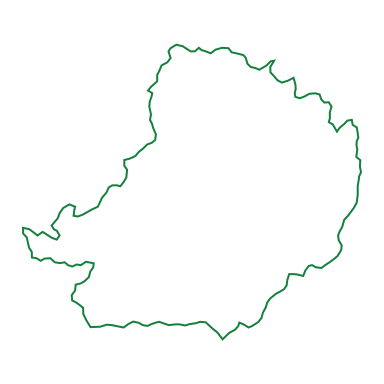 outline of São José do Rio Pardo, São Paulo, Brazil
{"feature_id": "56859067B94240559052727", "entity_name": "São José do Rio Pardo", "entity_type": "district", "adm_level": 2, "iso_a3": "BRA", "parent_name": "Brazil", "parent_adm1": "São Paulo", "projection": "mercator", "projection_center": [-46.893, -21.597], "detail": "fine", "context": "isolated", "style": "outline", "palette": "green", "viewbox_px": 384, "rotation_deg": 0, "n_neighbors": 0, "source": "geoboundaries", "source_scale": "gbopen_adm2", "svg_char_len": 2823}
<svg xmlns="http://www.w3.org/2000/svg" viewBox="0 0 384 384"><path d="M356.7,127.3L352.7,124.9L351.8,119.9L347.4,120.6L344.0,124.2L339.8,127.6L337.0,131.6L334.8,127.9L332.8,124.4L328.8,122.2L329.9,117.9L329.8,112.4L331.5,106.5L328.7,102.2L324.4,102.6L321.3,99.5L319.6,94.4L315.1,93.3L309.2,93.8L304.7,96.4L299.7,98.3L295.3,96.8L294.7,93.0L295.7,89.1L295.5,85.0L293.6,77.8L287.9,80.7L282.0,82.6L277.5,80.3L274.1,76.2L270.4,72.3L270.3,67.0L274.1,60.7L270.6,61.3L266.6,65.4L259.4,69.7L255.2,68.0L250.8,67.0L247.4,63.7L245.8,58.0L243.4,55.1L238.1,53.7L231.7,52.3L228.4,48.2L222.1,47.8L215.4,49.7L210.7,53.3L205.2,51.1L201.6,50.1L198.9,47.8L194.9,51.3L190.8,51.4L186.3,48.6L182.9,46.3L176.3,44.7L170.6,48.2L168.5,51.4L170.6,58.0L167.4,62.3L161.6,65.4L159.1,71.3L157.2,74.9L157.2,81.1L154.4,83.9L151.4,86.4L148.0,90.5L152.3,93.2L151.4,97.1L149.8,101.3L149.3,106.6L151.0,114.6L150.0,119.9L152.0,123.8L153.3,128.3L155.9,134.3L155.2,140.0L151.7,142.8L147.1,144.5L142.8,148.8L138.8,151.9L135.6,155.8L132.4,157.5L129.1,158.8L124.3,160.0L124.3,165.7L127.1,169.8L126.3,177.6L123.7,181.9L120.4,186.2L116.8,185.3L112.4,185.3L108.8,187.4L106.5,192.5L102.1,197.6L99.9,202.4L97.8,206.7L91.1,209.9L82.8,214.6L77.8,216.5L73.6,215.8L74.2,210.7L75.1,206.7L69.3,204.4L63.1,208.1L59.7,213.1L57.6,218.5L54.6,222.0L51.7,225.4L53.8,229.2L56.9,230.8L59.6,235.5L56.7,239.6L51.8,237.8L47.0,234.7L42.7,231.9L37.5,235.5L33.3,232.2L29.3,229.2L23.0,227.9L23.2,233.6L26.8,237.5L27.8,242.2L29.0,247.5L31.8,252.0L31.9,257.5L36.5,258.2L40.7,260.8L44.5,258.6L50.4,258.2L54.8,262.3L60.1,263.1L64.7,262.3L68.1,265.2L72.3,266.5L76.7,264.5L80.8,265.2L85.9,261.8L90.2,262.6L93.7,263.3L93.2,267.4L90.3,271.6L88.8,277.2L84.2,281.5L80.5,283.5L75.7,284.7L75.1,290.5L71.7,295.2L72.2,300.5L76.7,302.8L83.1,307.7L83.3,314.0L86.3,320.2L90.5,327.1L100.2,326.7L106.8,324.7L111.7,325.1L117.6,326.3L123.6,327.5L128.3,324.1L133.1,321.6L138.8,322.8L142.6,325.1L147.6,325.9L151.0,324.3L155.5,322.7L159.2,321.8L164.0,323.5L168.6,325.1L172.5,324.7L176.1,324.3L179.9,324.4L185.2,325.5L189.6,324.1L195.9,323.2L200.0,321.8L205.7,322.3L212.2,328.3L217.5,332.6L222.6,339.3L229.2,332.9L234.9,329.8L238.1,326.3L239.4,322.6L243.8,324.5L248.6,327.5L252.3,325.9L258.6,321.8L261.5,317.9L262.8,312.9L265.8,307.3L267.2,302.6L270.1,298.5L275.9,293.8L279.2,292.1L283.9,289.3L286.6,285.6L287.3,280.1L289.2,274.1L292.9,274.1L296.8,274.4L303.2,276.0L305.2,270.8L308.7,266.0L312.1,265.1L315.6,267.2L321.3,268.0L325.8,264.7L329.7,262.2L332.6,260.0L337.5,256.1L341.2,250.0L341.7,245.5L338.7,240.2L338.1,235.5L339.6,231.6L342.3,226.7L344.2,219.8L348.2,215.5L353.7,208.1L356.7,202.7L357.7,195.0L357.7,186.0L358.7,180.1L359.2,176.2L361.0,172.3L359.9,166.5L360.3,160.2L356.3,156.9L357.3,149.6L356.5,145.3L356.7,141.2L358.3,137.8L357.6,132.4L356.7,127.3Z" fill="none" stroke="#15803d" stroke-width="2"/></svg>